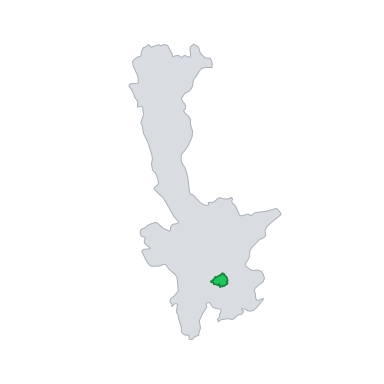 Beng, Oudômxai, Laos (highlighted), rotated 207°
{"feature_id": "54806243B47221121067222", "entity_name": "Beng", "entity_type": "district", "adm_level": 2, "iso_a3": "LAO", "parent_name": "Laos", "parent_adm1": "Oudômxai", "projection": "orthographic", "projection_center": [101.752, 20.343], "detail": "fine", "context": "in_parent", "style": "filled", "palette": "green", "viewbox_px": 384, "rotation_deg": 207, "n_neighbors": 0, "source": "geoboundaries", "source_scale": "gbopen_adm2", "svg_char_len": 6593}
<svg xmlns="http://www.w3.org/2000/svg" viewBox="0 0 384 384"><g transform="rotate(207 192 192)"><path d="M138.3,63.2L139.9,66.2L147.4,74.1L148.7,76.3L151.4,77.9L153.8,85.0L154.7,85.5L156.0,85.0L156.9,84.0L157.7,81.2L158.2,80.9L159.1,83.2L161.2,83.8L162.1,84.8L162.4,86.5L162.1,88.3L160.3,92.3L159.3,97.8L166.8,109.4L169.9,110.9L177.3,112.7L182.3,115.3L184.6,114.6L186.8,111.7L189.4,110.1L194.3,107.5L195.7,107.4L198.5,108.3L203.0,111.1L209.9,116.4L209.7,117.9L208.5,119.3L204.9,121.5L203.7,122.9L204.4,123.4L207.5,123.7L211.1,124.9L212.2,126.3L212.8,129.5L213.5,130.1L216.8,129.7L217.8,130.1L219.1,131.1L220.3,133.8L220.3,135.8L217.1,139.4L216.7,141.5L215.0,144.1L210.6,148.4L209.3,148.7L200.9,146.5L194.3,146.9L193.7,147.8L194.9,150.4L195.2,152.9L194.2,154.8L190.4,157.4L190.3,158.5L191.1,159.6L196.7,161.8L214.8,173.7L222.9,175.9L226.6,177.4L227.5,178.2L227.5,179.3L226.6,180.7L225.8,183.1L225.8,184.5L226.7,185.9L228.2,187.9L233.3,192.5L237.0,193.5L240.9,198.7L242.2,203.3L244.2,206.3L253.7,216.1L261.6,222.0L266.4,228.5L268.7,230.0L269.5,232.4L270.3,239.4L273.1,242.8L273.7,244.2L274.9,245.2L276.2,245.3L278.9,243.0L279.4,243.3L280.8,246.9L281.9,248.3L286.1,250.4L290.6,254.7L293.0,256.3L296.0,257.4L296.5,258.8L296.0,260.3L295.1,261.2L290.0,264.0L289.4,265.1L292.9,270.7L301.6,277.5L304.3,281.6L303.8,283.6L301.6,287.8L299.9,289.0L299.4,290.3L300.8,293.6L300.8,298.8L299.2,300.1L297.8,303.3L296.7,303.5L294.1,302.5L288.7,308.1L286.3,307.9L283.6,311.0L280.1,311.5L277.6,309.4L272.3,305.9L270.4,303.7L268.8,305.7L266.0,307.6L262.1,307.1L261.1,309.8L260.4,310.3L255.7,310.9L254.8,311.4L255.6,313.8L258.5,318.0L259.4,320.4L257.7,324.4L252.8,324.4L250.6,322.8L247.7,319.5L241.4,317.5L237.3,319.1L236.0,319.1L232.8,316.3L231.6,314.5L230.9,311.8L235.6,309.6L238.0,307.8L239.6,306.0L240.2,304.1L240.8,296.2L241.5,293.4L241.0,290.1L239.7,287.4L239.6,283.4L240.3,280.2L242.0,278.5L243.3,276.2L243.9,270.9L243.3,269.6L241.5,268.4L238.5,267.2L236.6,265.7L235.8,263.9L235.8,262.3L236.7,260.8L234.4,259.3L229.0,257.7L225.9,255.7L225.2,253.3L222.9,250.2L219.0,246.3L216.8,240.7L216.5,233.4L216.9,227.4L218.5,220.4L216.1,215.4L213.6,212.8L210.1,211.0L206.8,208.2L203.6,204.6L199.8,199.3L195.3,192.3L192.4,189.1L190.9,189.9L187.7,189.3L182.9,187.3L178.7,186.2L175.1,186.1L172.8,186.6L171.7,187.7L171.7,188.8L172.6,189.8L172.1,190.6L170.2,191.2L168.7,192.4L167.1,195.0L165.9,198.5L164.1,199.8L161.4,200.1L158.7,201.1L156.1,202.8L154.8,204.0L155.0,204.9L154.4,205.1L153.1,204.6L152.5,203.5L152.5,201.7L151.2,200.5L148.4,199.9L145.2,198.0L139.2,193.1L137.8,192.9L135.8,194.2L133.2,197.0L131.1,198.1L129.4,197.5L128.1,198.5L127.2,201.0L125.5,202.9L117.4,208.2L110.1,215.1L108.2,215.6L103.8,213.7L102.4,212.4L108.5,198.4L109.5,195.0L109.3,190.5L106.7,186.8L106.6,185.7L107.0,184.6L110.2,180.2L113.7,169.1L113.6,165.6L112.0,161.8L111.2,158.2L111.9,153.2L111.6,151.3L109.9,150.3L104.4,149.3L101.2,150.1L99.7,151.4L97.9,152.3L94.4,152.7L91.1,151.0L88.4,148.2L87.8,144.7L91.3,137.2L92.1,134.4L92.0,133.0L91.4,131.6L90.6,131.4L88.9,129.6L87.2,126.5L85.6,125.1L84.1,125.3L82.7,126.5L80.4,129.4L79.7,129.0L81.8,118.7L83.7,114.3L86.0,112.3L88.3,111.5L90.8,111.8L92.9,111.5L94.6,110.4L94.5,109.8L92.5,109.6L91.7,108.4L92.1,106.3L93.0,104.8L94.4,104.2L95.7,102.0L97.0,98.2L98.6,96.3L100.4,96.3L103.6,94.7L108.0,91.5L109.7,88.4L111.4,89.9L110.7,93.4L111.6,94.2L112.0,95.5L111.8,97.5L112.1,99.2L112.8,100.0L113.8,100.4L118.5,99.0L121.4,98.8L126.1,101.5L128.9,99.5L128.9,98.8L126.6,96.3L127.3,87.3L127.0,80.4L123.1,75.3L122.4,73.3L122.0,70.0L120.9,67.1L123.6,64.8L125.1,60.6L127.1,59.6L127.7,59.8L130.0,62.9L133.0,61.4L135.3,61.4L137.2,62.2L138.3,63.2Z" fill="#d9dde1" stroke="#a8b0b8" stroke-width="1"/><path d="M133.7,122.4L133.9,122.0L134.1,121.6L134.3,121.3L134.6,121.0L134.7,120.9L134.6,120.7L134.3,120.6L134.1,120.6L133.6,120.4L133.5,120.6L133.4,120.8L133.0,121.0L132.3,121.1L132.1,121.2L131.8,121.2L131.7,120.7L131.4,120.4L131.0,119.9L130.8,119.8L130.7,119.8L130.6,119.7L130.4,119.6L130.2,119.8L130.0,120.1L129.8,120.1L129.6,120.2L129.5,120.3L129.3,120.4L129.2,120.4L128.5,120.7L128.4,120.7L128.2,120.6L127.9,120.6L127.7,120.5L127.4,120.5L127.2,120.6L126.9,121.0L126.6,121.6L126.4,121.6L126.2,121.6L126.0,121.8L125.9,121.9L126.0,121.9L125.9,121.9L125.9,122.0L125.7,122.4L125.6,122.5L125.4,122.3L125.3,121.9L125.1,121.5L125.0,121.4L125.0,121.2L125.3,121.0L125.2,121.0L125.1,120.8L124.8,120.7L124.7,120.6L124.7,120.4L124.4,120.2L124.2,120.1L123.7,119.9L123.6,120.0L123.5,120.3L123.5,120.5L123.4,120.7L123.3,120.8L122.9,121.2L122.8,121.3L122.6,121.5L122.4,121.6L122.2,121.6L121.8,121.6L121.7,121.8L121.8,121.9L121.8,122.1L121.9,122.4L121.9,122.5L121.7,122.8L121.4,122.9L121.1,122.9L120.8,122.9L120.7,122.9L120.5,123.0L120.4,123.0L120.3,123.4L120.3,123.5L120.2,123.6L120.2,123.8L120.0,124.2L120.0,124.3L119.9,124.5L119.7,124.7L119.5,125.1L119.4,125.2L119.3,125.3L119.4,125.5L119.2,125.6L119.1,125.8L118.9,125.9L118.9,126.0L118.7,126.3L118.7,126.6L118.8,126.7L118.9,126.9L119.1,127.0L119.6,127.2L119.9,127.4L120.1,127.5L120.5,127.8L120.6,128.0L120.4,128.2L120.1,128.4L120.0,128.6L119.9,128.7L119.8,128.9L119.8,129.0L120.0,129.3L120.3,129.5L120.7,130.3L120.8,130.4L121.0,130.5L121.3,130.6L121.5,130.7L121.7,130.8L121.9,131.0L122.1,131.1L122.1,131.3L122.1,131.6L122.6,132.0L122.8,132.1L123.0,132.2L123.2,132.3L123.4,132.2L123.6,132.2L123.9,132.2L124.2,132.2L124.3,132.3L124.5,132.3L124.7,132.5L124.9,132.6L125.0,132.6L125.3,132.7L125.4,132.8L125.4,132.7L125.5,132.6L125.8,132.5L125.7,132.6L125.8,132.7L125.8,132.8L125.7,132.8L125.8,133.0L126.0,133.1L125.9,133.0L126.0,133.0L126.3,133.0L126.2,133.1L126.3,133.1L126.5,133.1L126.5,132.9L126.5,133.0L126.6,132.9L126.8,132.8L127.0,132.8L126.9,132.8L126.9,132.7L127.0,132.7L127.1,132.8L127.3,132.8L127.4,133.0L127.5,133.0L127.6,133.3L127.8,133.3L128.0,133.4L128.0,133.5L128.2,133.4L128.3,133.2L128.3,132.3L128.4,132.2L128.5,132.0L128.6,131.9L128.6,131.6L128.9,131.5L128.9,131.4L129.0,131.2L128.9,130.9L128.9,130.7L129.0,130.7L129.2,130.3L129.3,130.3L129.3,130.2L129.5,130.0L129.5,129.9L129.7,129.7L130.1,129.6L130.3,129.4L130.4,129.2L130.5,128.9L130.6,128.5L130.6,128.4L130.8,128.3L131.0,128.2L131.2,127.9L131.3,127.5L131.4,127.4L131.7,127.3L131.8,127.2L131.9,126.9L131.8,126.7L132.0,126.5L132.4,126.5L132.5,126.6L132.6,126.8L132.7,126.7L132.8,126.7L133.0,126.5L133.0,126.3L132.9,126.2L132.7,126.1L132.8,125.6L132.9,125.3L132.9,125.2L132.9,124.8L132.9,124.6L132.9,124.4L132.9,124.2L132.8,123.8L132.8,123.5L132.8,123.4L132.9,123.2L133.0,123.3L133.1,123.2L133.3,123.0L133.5,123.1L133.5,122.9L133.6,122.7L133.7,122.4Z" fill="#22c55e" stroke="#15803d" stroke-width="1.5"/></g></svg>